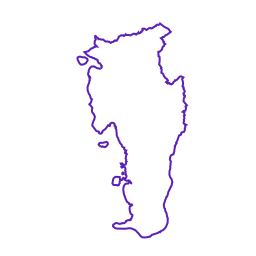 outline of East Santo, Sanma, Vanuatu, rotated 186°
{"feature_id": "77236927B80852571944001", "entity_name": "East Santo", "entity_type": "district", "adm_level": 2, "iso_a3": "VUT", "parent_name": "Vanuatu", "parent_adm1": "Sanma", "projection": "mercator", "projection_center": [167.067, -15.142], "detail": "fine", "context": "isolated", "style": "outline", "palette": "violet", "viewbox_px": 256, "rotation_deg": 186, "n_neighbors": 0, "source": "geoboundaries", "source_scale": "gbopen_adm2", "svg_char_len": 5881}
<svg xmlns="http://www.w3.org/2000/svg" viewBox="0 0 256 256"><g transform="rotate(186 128 128)"><path d="M179.2,198.9L176.4,196.5L173.9,195.1L172.6,194.7L171.5,194.7L170.7,194.0L168.7,193.9L167.8,193.1L167.2,193.2L165.2,192.2L165.2,191.4L164.1,189.7L163.6,189.3L162.8,189.5L161.4,187.9L161.3,187.3L160.7,187.2L160.4,185.9L161.0,184.7L162.1,184.0L165.0,184.3L168.2,185.7L170.8,185.3L172.1,183.7L173.1,181.2L173.0,179.6L173.4,178.0L173.0,176.4L171.7,175.3L172.2,175.1L171.8,174.4L170.9,174.3L170.8,174.0L171.5,173.4L171.0,171.5L171.3,171.3L171.3,169.6L172.5,164.7L172.1,161.3L170.4,157.7L169.5,156.9L168.0,153.4L166.9,152.9L167.5,149.4L168.8,147.9L168.9,147.3L167.8,146.8L165.6,144.3L165.8,142.0L165.3,140.1L163.7,138.3L163.3,138.1L163.3,137.7L162.1,135.9L162.4,133.0L163.0,131.6L163.9,127.7L163.7,126.6L159.3,121.8L158.4,121.5L156.6,121.4L156.1,119.7L154.5,119.5L153.7,119.9L153.6,120.6L153.1,121.0L153.2,121.7L152.5,122.9L151.0,124.0L149.8,125.5L148.1,128.7L147.2,128.8L147.0,128.2L146.4,128.1L145.9,129.7L146.1,130.6L145.1,131.4L143.6,131.6L142.8,131.4L141.8,130.6L141.8,129.9L141.3,129.3L141.5,128.7L140.3,128.2L140.5,127.2L140.0,127.0L140.2,126.1L139.5,125.5L138.4,119.5L137.7,117.9L136.6,116.7L136.1,114.9L135.2,114.1L134.7,112.7L133.4,111.3L132.7,110.9L131.9,109.0L130.4,108.2L129.9,107.4L129.6,107.6L129.5,106.4L128.5,105.8L128.5,105.2L127.4,105.3L127.8,104.2L127.6,103.5L129.1,102.5L127.2,102.8L126.4,101.9L126.9,101.0L127.2,97.6L126.4,96.0L126.6,94.8L125.9,94.4L126.3,93.8L126.2,92.4L126.6,91.4L127.2,91.1L129.0,91.2L128.7,90.4L130.6,88.7L130.3,88.1L129.8,88.0L129.1,89.0L128.7,89.1L128.2,88.8L127.3,88.9L126.6,88.1L126.1,86.5L126.4,85.9L126.3,85.1L125.7,84.3L125.9,83.6L125.3,81.9L125.5,81.3L124.4,80.0L124.7,78.4L125.2,77.6L125.9,77.3L125.6,76.2L123.8,75.3L122.2,75.9L121.9,75.6L121.1,75.8L119.4,74.1L119.3,73.5L118.2,72.9L121.2,74.4L121.6,74.0L122.1,72.7L124.0,72.5L124.7,72.1L125.5,71.0L126.2,69.2L126.3,65.8L125.5,63.7L125.6,63.1L124.2,59.8L123.8,59.5L123.5,58.3L121.3,54.5L119.1,53.3L119.0,52.6L117.5,52.3L116.3,52.4L115.8,51.9L116.3,51.2L117.8,50.3L118.1,48.5L117.6,46.0L116.5,43.2L115.8,42.6L114.7,42.2L114.4,41.4L115.0,38.9L115.2,38.2L116.0,37.7L115.8,36.7L116.7,36.4L118.0,36.5L120.2,35.4L120.1,34.8L121.7,33.0L123.0,32.9L123.5,32.5L124.2,32.7L126.0,31.7L129.5,32.3L130.3,32.1L132.6,30.3L132.6,28.6L130.6,27.2L128.6,26.8L120.4,27.5L116.1,28.5L113.8,28.4L110.1,27.2L106.1,23.9L104.4,22.0L102.2,20.8L99.6,20.9L96.1,21.8L95.5,22.3L94.7,22.2L93.1,24.2L87.2,26.8L86.0,27.9L85.2,27.7L84.6,28.8L82.4,30.2L81.2,31.5L79.8,33.9L78.7,37.7L79.0,42.4L79.8,43.9L80.9,47.5L82.2,49.3L82.7,51.4L83.6,52.4L84.4,55.6L83.3,60.8L82.5,63.6L82.1,63.7L81.7,64.9L81.1,68.8L78.5,76.1L78.5,77.5L78.2,78.6L79.3,81.7L80.7,83.2L81.9,85.8L82.2,89.5L81.7,92.1L82.0,94.4L81.8,96.2L82.1,97.4L81.8,98.7L82.2,99.8L83.0,100.8L82.9,104.2L82.6,105.0L80.7,106.5L80.1,106.6L79.5,109.6L79.6,111.8L79.3,113.6L79.6,114.6L79.2,114.8L79.3,115.6L78.1,117.9L78.6,118.4L77.9,119.8L76.4,125.9L74.5,127.0L74.6,128.3L74.3,129.1L71.9,130.0L71.2,132.2L71.5,133.4L71.1,134.5L71.4,136.3L70.4,137.2L73.0,138.3L73.3,139.2L72.9,140.9L73.4,142.3L72.9,143.9L73.7,145.7L72.8,146.7L73.6,147.6L73.6,149.4L75.3,149.8L74.7,150.6L73.4,150.8L72.7,151.4L72.4,153.9L73.0,155.4L72.4,155.6L72.4,156.3L71.9,156.8L75.5,160.3L75.6,162.8L75.3,164.1L74.8,164.5L74.8,166.1L75.7,166.2L75.6,166.8L76.5,167.9L75.7,169.2L75.4,170.8L76.7,172.3L76.6,173.0L77.1,173.5L76.9,174.3L78.0,174.9L78.2,176.0L77.7,176.8L78.2,179.6L79.3,182.4L78.2,184.1L80.6,184.9L82.0,184.5L84.3,181.1L84.9,180.9L85.4,180.3L86.3,180.3L86.3,179.6L87.4,178.7L88.2,176.9L89.4,175.9L90.2,176.4L90.7,176.1L91.8,177.1L93.1,176.3L95.0,177.6L94.5,178.2L93.5,178.5L93.2,179.5L94.7,181.0L95.9,181.6L97.5,183.1L98.9,185.7L100.6,186.4L100.6,189.7L101.5,190.7L101.0,191.5L103.7,194.6L103.5,196.0L103.7,197.3L103.5,197.9L103.9,201.4L104.2,202.3L105.1,202.5L105.7,206.0L105.3,206.5L105.6,207.0L104.0,207.6L102.9,209.1L102.4,209.8L102.0,212.3L100.9,213.2L100.7,214.3L99.7,215.4L101.6,216.7L101.2,217.5L102.5,218.5L102.8,219.7L103.6,219.9L104.6,220.8L103.6,221.3L103.1,222.1L101.7,222.4L100.3,224.2L98.9,224.9L95.5,228.1L96.9,229.2L98.1,230.7L102.7,232.5L107.0,235.2L107.1,234.8L108.2,233.8L109.7,233.9L110.3,233.1L110.9,233.0L111.2,232.7L111.1,232.2L111.7,232.1L112.4,231.3L113.3,230.9L114.2,229.7L115.3,229.4L115.9,229.8L117.5,229.4L119.9,227.4L121.9,228.5L123.9,228.3L124.1,227.9L123.5,226.8L123.8,226.2L124.6,225.6L124.7,224.9L125.3,224.7L125.8,223.8L126.8,223.4L127.5,224.2L127.9,223.0L128.9,222.8L129.6,221.8L130.2,221.9L130.7,222.4L132.5,222.3L135.3,220.3L136.9,220.6L138.9,220.3L140.2,221.0L140.6,220.0L141.7,219.1L142.6,219.8L143.6,219.4L144.4,219.5L146.7,217.9L146.7,217.1L148.4,213.6L150.0,213.8L150.3,213.0L151.1,213.0L151.6,212.2L153.0,211.8L154.1,210.8L155.7,211.8L156.3,211.6L157.4,212.0L159.4,211.6L162.0,213.4L164.0,213.1L164.7,213.4L166.7,213.2L167.1,214.2L169.0,215.1L169.8,216.2L170.2,216.0L170.1,214.3L169.3,212.6L170.1,211.2L170.1,208.4L169.1,206.7L168.4,206.7L167.5,205.8L168.7,205.9L169.4,205.0L170.6,204.8L171.2,203.9L172.9,203.2L175.6,200.1L179.2,198.9ZM184.8,193.4L185.4,192.9L185.6,192.1L185.0,190.3L182.8,187.0L181.3,186.1L179.1,186.5L176.6,188.1L175.3,190.8L175.2,191.4L176.0,192.7L178.5,193.8L181.0,193.6L183.2,194.0L184.8,193.4ZM129.1,75.5L130.6,76.1L131.1,78.4L135.4,78.1L136.7,77.0L137.4,75.5L137.7,71.2L136.5,69.9L135.5,69.8L133.1,70.2L132.1,69.7L131.1,70.5L130.9,71.7L130.5,72.1L130.7,74.0L130.1,75.0L129.1,75.5ZM147.4,107.9L146.3,109.9L146.8,111.4L148.0,111.9L151.3,110.7L154.3,110.3L155.0,109.8L155.5,108.4L154.5,107.4L152.1,106.5L151.4,107.1L149.6,106.5L148.5,106.8L147.4,107.9ZM129.6,91.5L130.1,92.2L131.5,91.9L131.1,91.1L130.2,91.1L129.6,91.5ZM127.6,81.9L128.0,83.0L128.5,83.2L128.8,82.9L128.9,81.6L128.5,81.4L127.6,81.9ZM126.9,77.4L126.9,77.8L127.5,78.0L128.1,77.1L127.7,76.8L126.9,77.4Z" fill="none" stroke="#5b21b6" stroke-width="2"/></g></svg>